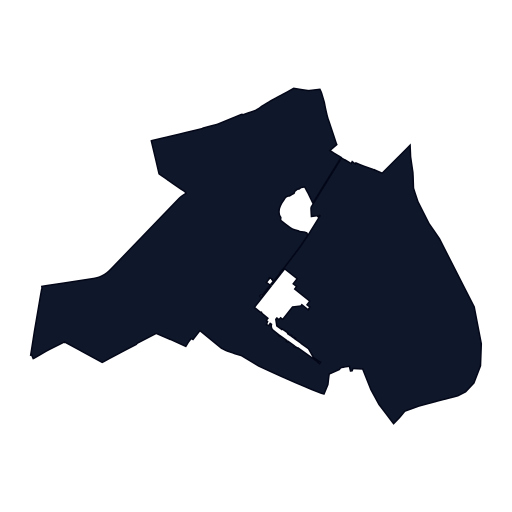 outline of Chiscani, Braila, Romania
{"feature_id": "2599482B97827477335554", "entity_name": "Chiscani", "entity_type": "district", "adm_level": 2, "iso_a3": "ROU", "parent_name": "Romania", "parent_adm1": "Braila", "projection": "orthographic", "projection_center": [27.902, 45.204], "detail": "fine", "context": "isolated", "style": "filled", "palette": "ink", "viewbox_px": 512, "rotation_deg": 0, "n_neighbors": 0, "source": "geoboundaries", "source_scale": "gbopen_adm2", "svg_char_len": 5171}
<svg xmlns="http://www.w3.org/2000/svg" viewBox="0 0 512 512"><path d="M393.6,423.7L399.4,417.7L404.8,411.2L418.4,406.2L437.6,401.0L457.8,395.8L461.7,393.8L465.6,391.8L473.9,383.0L480.5,365.8L481.3,343.8L474.2,306.9L465.6,290.1L444.3,248.3L439.5,238.8L434.3,231.2L429.0,223.6L418.9,203.6L418.0,201.9L416.0,195.9L415.2,193.5L413.5,188.2L413.1,176.7L412.9,172.6L410.6,156.8L410.5,154.3L410.1,145.2L407.0,148.4L388.8,166.6L382.2,173.2L377.1,171.0L374.5,169.8L374.4,170.1L372.6,169.2L371.9,169.0L364.2,166.3L359.6,164.5L355.9,162.9L355.4,163.9L354.1,163.1L352.2,161.6L351.2,163.6L345.1,159.9L345.0,160.1L341.5,158.0L320.6,191.8L313.2,203.9L311.3,206.9L311.0,208.1L311.0,209.3L311.1,211.3L311.3,214.9L311.4,216.5L317.0,215.7L318.2,216.9L318.3,216.8L318.5,216.7L319.3,215.3L320.1,215.8L308.3,234.8L301.6,244.8L299.0,248.5L283.9,268.3L279.5,274.0L277.3,277.1L273.8,281.5L271.6,284.3L272.2,284.7L276.1,279.8L277.5,278.0L280.7,273.9L281.3,273.0L281.4,272.9L281.8,272.5L284.7,268.8L297.2,278.7L293.2,283.8L296.6,286.5L294.7,289.0L309.8,301.1L307.0,304.8L309.9,307.0L308.7,308.8L308.9,309.1L308.3,309.9L301.8,304.7L300.9,306.0L292.5,307.0L282.7,319.4L280.6,317.8L279.0,319.7L276.9,318.0L275.8,319.3L276.8,325.9L281.8,329.5L282.2,328.9L288.1,333.1L287.7,333.7L290.3,335.5L290.9,334.8L292.1,335.7L291.6,336.4L294.0,338.1L294.5,337.4L295.7,338.2L295.1,339.0L301.4,343.4L301.3,343.6L308.5,348.7L313.4,357.4L320.4,362.2L320.5,362.2L319.8,363.3L319.6,363.7L319.0,363.3L318.2,362.7L318.4,362.4L311.8,357.7L298.0,347.9L297.7,348.2L295.5,346.7L295.0,347.5L293.7,346.5L294.2,345.7L288.2,341.4L287.6,342.2L286.3,341.3L286.8,340.5L280.4,335.9L280.0,336.5L278.9,335.8L279.3,335.2L272.8,330.0L271.9,328.8L271.6,328.0L271.4,327.4L271.3,326.6L271.3,325.9L271.3,325.2L271.4,324.6L271.5,324.3L270.2,323.4L268.8,325.6L266.4,324.6L267.6,321.5L266.3,320.5L266.6,319.9L267.9,318.3L261.6,313.1L261.6,312.4L261.3,312.2L261.2,312.4L260.8,312.2L260.4,312.3L254.8,307.7L254.6,307.1L256.6,304.5L258.7,301.9L265.7,293.0L268.3,289.7L271.2,286.0L270.6,285.5L267.3,289.5L264.7,292.7L263.1,294.8L261.0,297.6L260.6,297.0L260.3,296.8L260.1,296.6L260.0,296.4L260.0,296.1L260.0,295.8L260.2,295.5L260.4,295.2L260.9,295.0L261.6,295.0L262.3,294.8L262.7,294.7L263.1,294.3L266.1,290.3L269.3,286.5L270.3,285.3L266.4,282.4L268.7,279.4L269.0,279.0L269.3,278.5L269.3,278.3L269.6,278.5L270.0,278.0L270.1,277.8L270.5,278.1L271.7,278.8L272.2,279.2L271.9,279.6L272.1,279.8L272.5,280.2L272.7,280.5L272.9,280.7L273.1,280.5L273.6,280.8L272.5,282.3L271.9,283.0L271.5,283.4L271.1,283.9L271.4,284.1L276.1,278.1L278.1,275.6L279.5,273.8L279.7,273.1L279.9,272.6L280.3,272.0L281.4,270.6L282.3,269.8L282.9,269.3L283.8,268.1L298.8,248.4L301.6,244.5L308.1,234.6L307.0,233.6L306.9,233.3L306.8,232.9L306.7,232.8L306.2,232.7L304.5,232.1L299.3,231.5L299.2,231.3L299.0,231.1L298.4,230.8L294.7,229.8L292.4,229.0L291.3,228.3L291.0,228.2L289.3,227.0L285.3,224.0L280.6,220.3L280.8,217.4L279.8,215.8L279.4,214.8L279.0,212.1L279.1,210.8L279.3,209.0L279.5,208.2L280.3,206.0L281.5,203.5L282.5,201.9L283.5,200.5L284.2,199.4L284.9,198.2L286.4,196.7L288.9,195.8L289.1,196.0L289.6,195.9L291.4,194.8L291.4,194.7L294.0,193.4L294.8,191.3L297.4,189.2L299.1,189.0L300.9,187.6L303.5,187.1L304.6,186.9L305.8,188.9L306.2,189.8L308.1,193.2L312.9,203.2L323.7,185.5L341.1,157.4L332.9,152.5L332.9,152.4L329.9,150.5L336.8,144.6L336.3,143.5L333.6,135.3L332.4,131.7L329.4,122.7L328.4,119.8L328.1,119.1L327.8,118.0L327.0,115.1L326.2,111.6L325.3,107.6L324.3,102.3L321.7,93.5L321.2,92.1L319.9,89.3L309.7,90.5L308.4,90.6L302.8,89.8L300.3,89.4L293.7,88.3L287.2,92.0L280.2,95.7L271.6,100.3L261.7,106.3L259.3,108.2L256.8,109.6L256.4,110.0L254.5,110.8L251.6,111.8L250.1,112.3L249.0,112.6L242.6,114.9L242.1,114.3L241.2,114.5L226.6,120.5L218.6,123.8L216.7,124.5L210.7,126.0L202.9,128.1L202.6,128.5L194.8,130.4L185.9,132.5L179.1,134.2L163.7,137.8L151.8,140.6L151.3,140.8L153.6,150.5L155.9,160.2L159.0,173.6L159.2,174.0L167.4,179.6L167.5,179.8L174.1,184.4L180.8,189.0L184.0,191.0L185.3,192.1L186.0,193.3L182.5,195.6L181.0,196.7L179.4,198.1L170.4,207.4L133.8,245.4L111.5,268.5L108.9,271.1L106.8,272.9L104.5,274.5L101.7,276.0L99.5,277.0L97.2,277.7L94.1,278.4L63.5,283.1L45.9,285.7L41.8,286.4L41.9,286.9L42.0,288.3L42.1,288.9L41.7,289.1L40.6,295.1L37.6,312.7L34.4,331.4L33.0,340.4L30.7,355.1L31.6,354.9L33.2,358.6L34.1,358.2L39.5,355.1L46.3,351.1L49.9,349.2L64.5,341.9L64.8,342.5L65.2,342.3L80.2,350.4L81.4,351.1L96.3,359.2L102.2,362.4L103.8,361.6L109.4,358.5L111.1,357.6L118.5,353.7L121.1,352.3L126.8,349.3L136.1,344.5L137.3,343.2L156.2,333.4L169.4,339.1L169.8,339.3L169.9,339.1L185.8,346.4L188.4,342.1L191.2,338.5L193.0,339.5L199.9,330.6L221.5,348.3L222.4,348.7L225.7,350.4L227.4,351.1L232.9,352.9L234.8,353.7L241.4,355.6L252.7,362.4L258.6,366.0L270.1,371.3L281.3,376.4L294.7,382.3L311.9,389.6L321.4,393.3L321.8,393.4L324.0,394.0L327.9,384.6L328.8,376.7L329.2,374.0L331.1,373.2L339.4,369.5L340.1,368.4L340.6,367.9L341.4,367.6L342.2,367.4L343.2,367.3L343.8,367.2L344.6,366.9L349.4,366.3L350.5,371.0L352.1,370.8L353.0,368.5L354.6,368.6L362.7,369.0L366.8,379.3L370.9,389.6L372.9,393.3L379.0,404.5L385.2,412.6L391.6,421.1L393.6,423.7Z" fill="#0f172a" stroke="#020617" stroke-width="1.5"/></svg>